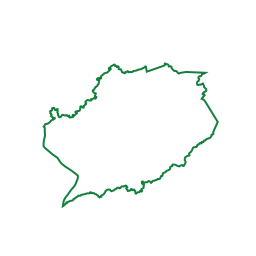 the district of Atalaya, Veraguas, Panama, rotated 242°
{"feature_id": "35544464B38923835463224", "entity_name": "Atalaya", "entity_type": "district", "adm_level": 2, "iso_a3": "PAN", "parent_name": "Panama", "parent_adm1": "Veraguas", "projection": "equal_earth", "projection_center": [-80.908, 8.019], "detail": "fine", "context": "isolated", "style": "outline", "palette": "green", "viewbox_px": 256, "rotation_deg": 242, "n_neighbors": 0, "source": "geoboundaries", "source_scale": "gbopen_adm2", "svg_char_len": 5736}
<svg xmlns="http://www.w3.org/2000/svg" viewBox="0 0 256 256"><g transform="rotate(242 128 128)"><path d="M140.4,222.3L150.3,205.4L152.2,199.6L152.1,199.0L152.3,198.4L153.2,197.9L155.4,197.5L156.1,196.7L156.6,195.7L159.1,194.8L160.8,194.7L161.5,195.1L162.0,195.0L162.4,194.6L163.2,192.9L164.1,193.3L165.2,193.1L165.9,192.6L166.5,191.2L167.2,191.4L167.5,191.1L167.6,190.8L167.3,190.5L166.2,189.9L166.1,189.2L168.9,171.0L173.7,172.6L174.2,172.3L173.7,170.2L173.9,169.3L173.7,167.2L174.2,166.4L174.3,165.3L174.8,164.2L174.8,162.1L175.7,159.8L175.4,158.5L175.8,158.0L175.9,156.7L176.5,156.1L176.8,154.9L178.0,154.6L178.3,154.3L178.0,153.7L178.1,153.3L178.6,152.5L178.5,152.2L178.1,152.1L177.9,151.8L178.0,151.4L178.0,150.6L178.3,150.4L178.6,150.4L178.8,150.0L179.2,150.0L179.9,149.0L183.0,149.3L184.0,147.7L184.4,147.4L186.3,148.4L186.8,148.4L187.2,147.9L187.0,147.0L187.1,146.8L188.0,146.9L188.7,145.8L189.2,146.1L190.1,146.1L190.5,145.4L190.4,142.1L189.9,140.5L189.8,139.2L189.2,138.9L188.5,140.3L188.2,140.4L187.5,138.8L187.2,137.1L186.7,136.1L186.7,135.5L187.2,134.1L187.3,132.8L186.4,128.5L184.8,127.8L184.5,127.4L184.5,126.8L184.6,126.6L185.3,127.2L185.5,127.1L185.5,126.1L186.2,124.7L185.8,123.6L185.4,123.3L185.1,123.3L183.5,124.9L182.2,123.7L180.9,123.0L180.3,121.3L179.4,120.5L179.4,118.5L179.1,118.2L178.6,117.0L177.7,116.1L177.9,115.0L177.3,114.2L176.7,114.1L175.1,114.4L173.7,115.8L173.2,115.5L171.8,113.6L171.3,113.6L170.3,114.6L169.8,114.3L169.4,113.6L169.3,112.8L170.4,111.6L170.2,110.2L170.7,109.2L169.8,108.7L169.7,108.1L170.1,107.7L170.6,106.6L171.6,105.6L171.7,104.6L171.4,103.2L171.1,102.7L170.0,102.2L169.6,102.7L168.7,102.0L168.3,99.2L168.0,98.9L167.2,98.7L166.9,98.5L166.9,98.1L167.1,97.8L168.9,97.1L169.2,96.7L169.3,96.3L168.9,95.7L167.7,95.1L166.1,93.5L166.1,92.6L166.9,90.5L167.1,89.4L166.7,89.1L165.4,90.0L165.0,89.9L164.8,88.4L164.2,86.4L164.4,86.2L165.2,86.0L165.4,85.3L165.0,85.0L164.0,85.3L163.6,84.8L163.9,83.2L164.7,81.4L165.0,81.2L165.9,81.9L166.4,81.9L166.7,81.3L166.8,80.5L167.2,80.2L167.9,80.2L168.7,78.1L170.3,76.5L170.4,75.9L169.5,74.3L169.4,73.7L169.4,73.1L169.7,72.6L170.3,72.2L171.9,72.4L172.4,72.2L173.4,73.0L174.9,72.9L175.4,73.2L175.6,73.6L177.7,74.7L178.0,74.2L178.0,73.8L177.6,73.2L177.9,72.4L178.6,72.0L180.0,72.3L180.4,72.2L180.8,71.7L181.0,70.2L180.2,70.1L179.4,69.3L179.2,68.7L179.6,67.9L179.4,67.1L178.7,67.2L177.7,66.4L176.8,66.9L176.3,66.5L175.5,66.7L174.7,65.6L173.1,66.4L172.4,66.4L171.4,67.8L171.0,68.0L170.7,67.6L170.5,66.0L170.8,65.1L170.7,63.9L169.9,61.7L169.6,60.3L169.6,58.5L170.2,57.3L170.2,56.9L168.7,54.2L167.8,54.6L167.0,54.5L163.5,52.6L160.2,51.1L156.1,47.6L153.3,45.8L151.7,45.0L150.5,45.0L148.9,45.4L146.0,46.7L140.5,48.8L134.8,51.7L128.9,52.3L127.5,52.7L123.8,54.3L116.5,58.3L109.8,61.3L108.9,61.2L107.0,59.9L102.8,55.0L101.7,53.0L100.4,49.5L97.1,42.8L95.9,40.0L94.6,37.9L93.4,36.7L89.5,33.7L89.5,34.2L90.1,36.5L90.4,37.3L90.3,38.6L91.2,38.8L90.9,40.2L90.7,42.8L90.1,44.7L90.3,46.0L90.9,46.6L90.7,48.0L90.9,48.4L90.9,49.1L91.1,49.8L91.1,51.3L91.5,52.0L91.6,52.5L90.6,53.8L90.9,55.3L89.8,59.2L89.5,61.3L89.0,62.2L88.5,63.3L88.9,64.3L88.8,64.7L88.2,64.4L87.8,65.5L87.4,65.6L86.7,67.1L86.4,67.2L86.1,67.6L85.5,67.7L84.1,69.0L83.1,69.2L82.9,69.5L82.1,69.9L81.2,69.7L80.7,70.3L80.0,70.5L80.1,71.3L79.8,72.2L80.0,72.4L80.8,72.6L80.9,74.1L80.8,74.8L81.3,76.4L82.3,77.9L82.7,78.2L82.7,78.8L83.1,79.6L83.2,80.2L82.9,81.8L82.2,83.0L80.4,83.4L80.0,83.7L79.6,86.1L79.6,86.7L80.0,87.3L79.8,89.4L80.2,90.1L80.1,90.9L79.6,91.9L78.9,92.0L78.7,92.5L78.7,93.3L79.2,94.2L79.4,95.1L79.2,95.5L78.4,96.6L78.5,97.1L78.3,98.7L78.1,99.0L77.6,98.8L77.4,99.0L77.3,99.4L76.2,99.7L76.0,99.4L75.9,98.5L75.6,98.2L74.6,98.0L73.8,98.6L73.0,98.2L72.6,98.2L71.9,99.7L71.8,100.3L72.0,101.2L72.6,102.1L72.6,102.4L72.4,102.6L71.6,102.2L71.2,102.4L71.0,102.8L70.9,104.2L70.7,104.5L70.4,104.6L69.5,104.3L68.8,104.8L67.3,104.0L66.5,104.1L66.3,104.4L66.7,106.2L66.2,107.4L66.1,107.9L66.7,109.0L66.6,109.3L65.7,109.8L65.5,110.2L65.6,110.6L66.1,111.0L67.0,110.6L67.5,110.8L67.7,111.3L67.7,112.9L67.9,113.6L68.5,114.2L69.4,114.3L70.2,115.5L70.7,115.5L72.2,114.3L73.8,114.8L74.0,115.1L73.9,115.9L71.9,116.9L71.8,118.3L71.1,119.5L71.5,120.9L71.3,121.6L70.1,122.4L68.9,122.5L68.7,122.7L69.0,123.8L69.7,124.8L68.9,127.3L69.0,128.1L68.7,129.1L69.0,130.0L69.0,130.6L68.4,131.1L68.2,132.0L68.8,133.4L69.6,134.0L70.0,134.6L70.0,135.0L69.6,135.5L69.8,136.2L71.6,137.4L71.5,140.4L72.1,141.8L71.8,143.6L71.8,145.3L72.2,146.1L73.3,146.6L73.8,147.1L73.8,147.6L73.6,149.1L74.4,149.5L74.7,150.7L73.1,152.7L71.7,153.6L70.0,155.3L70.2,156.3L69.9,158.3L69.6,158.6L68.6,158.8L68.4,159.6L69.0,160.2L69.7,161.8L70.2,162.4L71.3,163.1L73.0,163.0L74.6,164.0L75.1,164.6L75.4,165.6L75.5,166.7L75.4,167.5L75.0,168.9L75.0,169.4L76.3,169.7L76.9,170.1L77.3,172.0L77.7,173.0L78.5,174.4L79.9,175.9L80.0,176.4L80.1,177.2L79.6,178.0L79.6,178.9L79.3,179.3L79.2,180.1L79.4,180.4L80.0,180.7L80.4,181.2L80.5,181.9L80.3,182.8L81.0,184.5L80.8,185.1L80.1,185.2L79.9,185.6L80.1,185.9L80.8,186.3L81.0,186.6L80.3,187.9L80.4,188.4L81.0,188.8L81.1,189.2L80.8,190.7L81.4,192.1L80.8,195.2L80.9,196.5L81.6,197.2L81.9,198.2L82.9,198.8L82.9,199.2L82.6,199.7L82.7,200.6L83.9,201.2L84.4,201.3L91.2,210.1L115.3,208.6L117.5,208.1L118.1,207.6L118.7,207.4L119.2,206.8L119.5,207.1L121.0,211.1L122.3,210.8L122.8,209.8L123.3,210.1L123.9,211.3L124.0,214.3L124.9,215.1L125.6,215.3L126.6,215.1L128.1,214.4L129.8,214.9L131.1,214.9L131.9,215.2L132.1,214.8L132.1,212.8L132.6,211.9L133.0,210.2L133.5,209.6L134.2,209.7L135.4,210.0L135.9,210.5L136.4,211.2L136.5,212.7L137.1,213.0L137.7,213.8L138.9,213.6L139.7,214.0L139.9,214.3L140.1,215.4L139.6,216.3L139.6,216.8L140.2,218.0L140.8,218.6L140.8,219.2L140.3,221.0L140.4,222.3Z" fill="none" stroke="#15803d" stroke-width="2"/></g></svg>